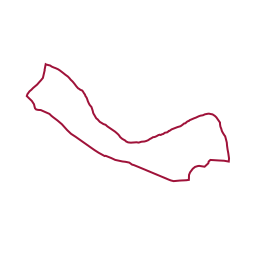 Naqada, Qina, Egypt, rotated 286°
{"feature_id": "37247803B87719226438942", "entity_name": "Naqada", "entity_type": "district", "adm_level": 2, "iso_a3": "EGY", "parent_name": "Egypt", "parent_adm1": "Qina", "projection": "orthographic", "projection_center": [32.741, 25.889], "detail": "fine", "context": "isolated", "style": "outline", "palette": "rose", "viewbox_px": 256, "rotation_deg": 286, "n_neighbors": 0, "source": "geoboundaries", "source_scale": "gbopen_adm2", "svg_char_len": 2325}
<svg xmlns="http://www.w3.org/2000/svg" viewBox="0 0 256 256"><g transform="rotate(286 128 128)"><path d="M123.5,234.1L126.6,233.5L131.7,231.2L134.9,229.6L138.5,228.0L141.2,227.0L144.3,225.2L146.8,223.7L147.7,222.5L149.7,220.3L151.1,219.0L153.2,217.7L154.7,216.5L156.8,215.5L158.6,214.9L162.6,210.0L163.6,208.1L164.4,205.5L164.2,203.4L164.1,201.8L163.5,200.4L162.3,198.1L160.9,196.5L159.8,194.2L158.7,192.7L156.6,190.3L155.6,188.9L153.3,186.1L152.7,185.3L151.5,184.4L151.4,184.4L150.8,183.4L149.7,182.6L148.4,181.9L147.8,180.7L145.8,179.3L144.2,178.0L142.5,175.3L140.9,173.2L138.7,170.3L136.6,168.6L136.4,168.0L134.8,167.1L133.5,164.6L132.0,163.6L131.4,162.5L131.0,162.1L130.3,161.3L130.3,160.3L130.0,159.9L129.6,159.2L127.9,157.6L126.7,156.1L126.0,154.5L124.7,153.4L123.5,152.1L121.9,150.8L120.6,149.2L119.6,147.6L118.5,144.7L116.9,142.3L116.6,140.0L115.7,137.6L115.1,135.9L114.7,134.9L114.2,132.1L114.5,130.0L115.2,128.7L116.0,125.4L117.1,123.0L117.9,122.1L119.0,120.6L120.0,118.6L121.0,116.4L123.1,110.0L123.9,107.6L124.6,106.2L124.9,105.6L125.0,103.3L125.5,101.6L126.1,99.3L127.2,97.5L127.9,96.5L128.5,94.9L129.7,93.6L131.3,92.0L131.8,91.4L132.9,90.4L134.7,89.4L137.1,87.8L138.3,86.9L138.6,86.3L139.8,84.6L141.3,83.2L143.0,81.8L144.1,81.1L145.8,79.8L147.1,78.2L148.3,77.4L149.1,76.3L150.7,74.6L151.4,73.6L151.6,71.6L152.1,70.4L152.4,69.1L153.8,66.9L155.7,64.4L157.3,62.1L157.9,61.0L158.6,59.6L159.6,58.2L160.9,56.0L161.9,53.2L163.0,50.6L164.6,46.5L165.2,44.5L165.6,41.7L165.7,40.0L166.0,37.7L166.6,36.0L166.5,33.4L166.5,31.7L166.6,31.3L160.8,31.8L160.5,32.0L158.2,32.1L154.5,32.3L152.7,32.4L149.9,31.2L147.5,30.0L144.7,28.7L140.4,25.8L138.0,24.5L136.1,23.2L132.8,22.0L130.8,21.9L129.5,24.3L127.5,28.1L124.9,31.1L123.1,32.1L121.3,33.2L120.5,34.6L120.6,36.5L121.2,39.2L121.0,40.6L119.9,48.6L118.6,51.0L117.8,52.9L115.8,58.1L113.4,63.4L109.2,70.1L106.7,74.9L105.1,80.1L102.7,87.0L98.8,98.2L97.5,102.0L96.1,106.7L94.6,113.3L95.1,114.2L94.5,120.2L93.8,124.5L94.3,131.9L94.8,134.9L94.9,136.0L95.1,138.8L93.9,142.1L94.0,143.5L93.4,149.1L89.6,181.4L89.4,183.7L89.5,186.5L91.1,190.6L91.8,192.4L93.8,198.3L94.9,200.8L99.7,199.6L102.5,199.9L106.7,201.5L109.1,203.2L110.6,205.5L111.2,206.8L111.9,212.3L116.2,214.9L118.0,214.8L120.0,216.0L121.9,224.6L123.0,229.3L123.5,234.1Z" fill="none" stroke="#9f1239" stroke-width="2"/></g></svg>